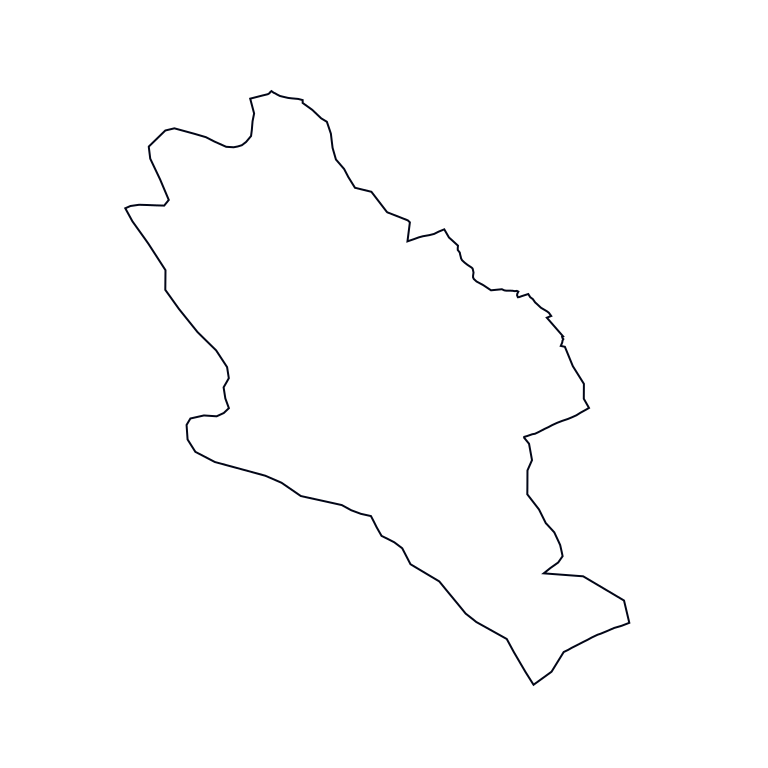 Ikwo, Ebonyi, Nigeria, rotated 102°
{"feature_id": "59680162B29308605862653", "entity_name": "Ikwo", "entity_type": "district", "adm_level": 2, "iso_a3": "NGA", "parent_name": "Nigeria", "parent_adm1": "Ebonyi", "projection": "equal_earth", "projection_center": [8.17, 6.1], "detail": "fine", "context": "isolated", "style": "outline", "palette": "ink", "viewbox_px": 768, "rotation_deg": 102, "n_neighbors": 0, "source": "geoboundaries", "source_scale": "gbopen_adm2", "svg_char_len": 2961}
<svg xmlns="http://www.w3.org/2000/svg" viewBox="0 0 768 768"><g transform="rotate(102 384 384)"><path d="M282.7,234.6L280.0,237.6L279.0,239.8L276.8,246.3L273.8,251.3L272.8,253.1L270.0,256.1L268.7,259.0L266.0,261.6L269.4,267.5L270.9,269.9L271.3,271.1L269.5,272.3L268.0,272.4L265.7,271.8L265.3,273.4L266.0,275.4L266.1,278.0L267.3,284.0L267.4,285.8L266.8,288.4L270.1,298.8L266.7,307.3L264.5,314.8L262.6,318.0L261.1,319.1L259.5,319.4L256.4,319.6L253.5,320.9L252.6,321.4L251.9,322.5L250.1,327.1L248.5,330.4L246.7,333.4L245.0,334.8L243.8,335.3L241.4,336.5L239.7,337.2L237.6,339.7L235.9,340.1L233.3,340.4L228.9,347.9L227.2,350.9L220.2,357.2L223.6,362.2L226.8,366.2L229.0,370.7L231.4,376.7L233.3,380.4L236.0,384.7L239.6,390.7L220.5,392.3L219.0,394.7L215.4,416.4L215.0,417.1L198.6,436.3L198.6,436.8L198.1,453.2L188.8,462.1L187.8,462.9L182.0,467.7L174.4,477.7L163.7,483.4L157.0,485.7L150.2,488.0L145.1,491.0L139.4,494.4L137.2,500.7L130.8,511.1L126.0,522.0L123.2,522.6L123.0,527.2L123.8,533.9L124.1,537.3L124.0,543.0L123.9,545.7L123.0,549.0L122.4,550.7L122.0,552.6L120.9,555.0L122.2,556.0L123.4,556.5L124.7,557.9L127.0,562.7L132.7,574.2L143.0,569.0L146.4,567.3L154.3,567.2L156.7,566.9L163.0,566.1L169.1,565.6L175.9,569.2L180.0,572.7L182.1,576.5L183.7,580.3L184.8,587.7L182.1,600.3L179.6,609.5L178.7,621.3L177.5,642.2L180.5,648.5L181.5,650.6L200.6,663.4L200.9,663.4L212.2,659.5L230.5,645.5L247.7,633.5L248.7,632.8L255.2,636.1L256.7,644.3L258.1,652.5L259.6,660.8L262.6,669.0L265.9,673.6L277.2,663.9L291.9,647.8L295.9,643.5L318.1,621.4L337.4,617.5L337.5,617.4L344.4,609.8L344.8,609.4L353.3,600.1L372.0,577.2L378.7,566.7L386.0,555.2L400.1,541.0L410.6,537.0L414.8,538.3L420.6,540.2L431.1,536.2L439.9,530.7L445.7,534.7L450.4,541.0L452.2,553.6L458.0,566.2L465.1,568.6L479.1,564.6L489.6,554.4L493.8,539.2L495.5,533.1L496.7,511.0L498.4,481.1L501.9,463.7L510.9,442.0L511.0,424.7L511.0,423.8L511.1,410.4L511.2,400.1L514.3,389.8L515.8,379.6L515.9,369.3L520.9,365.2L525.8,361.3L533.1,354.8L534.8,348.0L536.7,341.0L540.9,332.0L554.8,320.6L565.6,288.9L572.6,280.2L586.2,263.1L591.6,256.4L596.0,247.4L597.6,244.3L607.9,210.9L619.3,201.2L626.1,195.0L629.4,192.0L636.2,185.8L647.1,175.2L630.6,160.3L608.8,152.5L605.8,148.6L603.0,145.5L599.8,141.5L594.9,135.5L591.9,131.7L588.7,128.0L584.8,122.9L583.3,120.3L579.6,114.9L574.8,108.2L571.1,101.3L566.6,94.4L545.9,104.2L530.7,149.2L536.0,188.4L529.3,182.9L522.4,176.5L515.3,173.5L511.2,175.3L504.9,178.2L501.4,180.8L493.7,186.6L487.2,195.7L486.6,196.7L474.5,206.3L462.1,220.9L455.6,222.2L438.7,225.7L427.7,223.4L412.3,229.7L406.9,236.4L406.9,236.5L405.1,233.1L402.3,228.5L401.3,226.0L399.1,223.1L394.4,217.4L392.0,214.2L389.2,210.9L386.0,206.6L383.0,202.0L380.0,196.9L377.6,193.4L374.6,189.3L371.2,185.8L367.4,181.4L364.8,178.5L356.9,185.5L342.3,188.5L327.3,203.0L310.0,214.8L310.0,219.0L306.3,218.3L304.3,218.4L302.8,217.9L301.9,219.0L300.8,219.6L300.2,218.7L285.3,238.5L282.7,234.6Z" fill="none" stroke="#020617" stroke-width="2"/></g></svg>